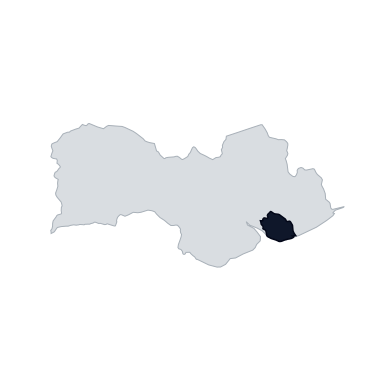 Pomeroon-Supenaam on a map of Guyana (Robinson projection), rotated 110°
{"feature_id": "GUY-680", "entity_name": "Pomeroon-Supenaam", "entity_type": "Region", "adm_level": 1, "iso_a3": "GUY", "parent_name": "Guyana", "parent_adm1": "", "projection": "robinson", "projection_center": [-58.872, 7.19], "detail": "fine", "context": "in_parent", "style": "filled", "palette": "ink", "viewbox_px": 384, "rotation_deg": 110, "n_neighbors": 0, "source": "natural_earth", "source_scale": "10m", "svg_char_len": 4871}
<svg xmlns="http://www.w3.org/2000/svg" viewBox="0 0 384 384"><g transform="rotate(110 192 192)"><path d="M127.8,178.8L120.3,169.3L112.7,159.8L105.3,150.4L104.8,149.1L107.9,144.7L110.7,141.5L113.0,139.6L114.1,138.0L113.3,131.2L113.3,128.7L112.2,126.0L111.4,123.0L112.4,120.4L113.5,118.7L115.0,118.0L118.4,117.4L120.9,117.1L121.8,116.1L123.2,115.0L125.0,114.9L128.7,115.7L130.4,114.2L133.4,112.1L140.2,108.6L141.7,106.3L142.8,102.7L142.6,101.0L142.0,100.3L140.3,99.8L137.7,99.7L135.6,100.6L133.5,100.1L131.7,97.9L131.6,96.0L132.7,93.5L132.1,91.7L128.7,86.3L128.7,84.8L131.2,82.3L132.6,80.3L134.5,75.3L136.0,73.6L140.7,73.0L141.9,72.0L144.3,69.3L147.9,66.3L153.1,63.9L154.6,59.6L155.5,58.4L159.6,56.1L160.3,54.8L160.2,53.8L153.6,43.9L154.9,44.6L160.0,51.0L162.9,52.4L163.5,52.4L163.5,50.8L166.1,51.5L172.8,55.8L182.6,63.1L196.4,76.7L200.3,81.9L202.9,84.4L207.1,90.3L208.2,93.3L208.1,104.8L204.5,112.7L203.6,118.6L203.4,126.4L201.3,130.9L204.1,128.5L205.0,121.4L207.4,117.1L210.5,112.4L214.6,111.2L219.1,113.3L222.7,113.6L225.8,115.0L232.6,122.6L239.1,128.5L241.5,133.3L248.5,135.7L252.7,139.5L254.0,142.8L254.8,151.3L253.5,164.2L253.8,164.9L252.0,167.4L251.6,169.0L250.4,171.9L249.4,173.5L250.8,177.0L252.4,177.2L253.0,177.6L253.4,178.3L253.3,179.1L252.7,179.8L251.2,180.6L249.8,182.7L249.9,185.0L249.0,186.2L246.1,186.8L240.5,186.8L237.7,186.9L235.5,187.3L234.1,188.8L232.2,189.8L230.8,190.1L229.5,191.8L228.2,194.2L228.6,195.9L229.9,198.1L230.7,200.3L229.7,204.0L228.6,206.8L227.9,209.0L227.0,213.2L224.9,217.7L223.3,220.3L223.3,223.2L224.1,227.2L228.5,233.0L230.0,235.8L231.2,240.3L235.2,243.9L237.7,246.7L237.5,250.5L237.8,251.7L239.4,252.6L241.3,253.3L243.4,253.3L245.2,253.0L245.7,252.4L250.0,252.4L250.5,253.3L250.8,258.7L250.9,260.9L252.0,261.8L252.6,263.2L252.6,264.4L252.8,267.4L253.5,269.0L253.4,272.3L253.8,273.5L255.0,274.3L256.5,276.6L257.1,276.9L257.4,277.7L258.7,281.0L259.3,282.0L259.8,282.2L260.0,283.3L260.9,286.4L261.6,287.2L262.8,289.5L263.3,291.9L264.9,294.7L266.5,296.7L267.2,298.7L269.3,303.2L271.4,306.4L274.1,307.2L276.4,307.7L277.8,308.9L279.2,310.2L277.7,310.8L276.4,311.6L274.5,311.0L271.9,311.3L269.2,312.2L266.7,312.6L261.9,311.2L260.5,311.0L259.5,310.4L257.5,307.6L256.6,307.3L254.1,308.6L251.0,309.5L249.5,309.3L247.8,310.3L246.2,311.5L243.0,317.0L241.4,318.9L239.7,319.8L236.2,319.8L232.5,320.0L229.8,321.3L227.2,321.9L225.9,322.0L225.4,325.0L224.8,326.4L224.0,327.2L222.0,327.4L220.2,327.3L219.1,326.1L217.1,325.5L215.3,325.0L214.1,324.3L213.1,324.5L212.4,325.7L211.7,326.8L211.2,328.7L208.4,329.4L207.3,330.5L207.9,334.1L207.6,335.6L207.1,336.7L203.7,336.9L200.9,336.8L199.3,338.2L197.3,339.8L196.0,340.1L194.6,340.0L192.7,338.1L190.8,335.9L186.1,334.3L181.5,333.0L178.4,329.4L177.7,327.7L176.2,326.9L172.6,322.7L170.6,320.0L168.5,319.2L166.0,318.1L166.1,316.1L165.9,314.2L164.8,313.4L163.3,312.9L162.8,311.9L162.9,309.4L163.2,303.0L162.8,296.8L159.5,294.7L158.0,293.2L155.5,284.2L154.3,280.1L154.3,277.0L155.1,268.0L156.1,264.0L158.6,256.2L160.1,253.5L160.2,251.5L160.1,248.9L159.3,243.9L163.7,240.7L165.5,239.4L165.9,237.2L168.2,234.5L169.2,232.0L170.1,229.9L169.9,228.9L168.8,228.3L167.6,226.3L165.1,220.8L164.2,219.7L163.4,218.1L163.8,215.7L164.8,213.0L164.7,211.9L163.2,210.5L160.1,208.1L157.5,207.9L155.5,207.1L152.5,206.9L150.2,206.7L148.9,205.8L149.1,204.3L149.7,203.2L151.7,200.4L153.0,197.4L153.2,194.5L153.6,190.7L154.2,187.4L154.5,183.6L151.4,181.2L150.4,179.1L149.1,177.4L147.7,177.4L145.6,176.6L142.2,178.9L139.6,178.5L137.8,179.4L133.7,179.2L131.0,178.1L127.8,178.8Z" fill="#d9dde1" stroke="#a8b0b8" stroke-width="1"/><path d="M197.5,79.6L198.4,81.7L199.0,82.7L199.1,82.4L198.8,81.4L198.9,81.0L199.3,81.0L200.2,81.4L201.0,82.1L201.7,82.8L202.2,83.6L202.8,84.6L203.6,86.0L204.5,87.2L205.0,88.1L207.8,91.2L208.5,92.5L208.7,93.8L208.4,95.1L208.6,94.8L208.4,96.5L208.6,101.7L208.0,105.9L207.5,106.6L206.8,107.3L206.1,107.5L203.7,109.0L203.0,109.6L202.7,110.1L202.4,112.0L202.3,112.4L202.2,112.8L201.9,112.9L201.6,113.0L201.1,113.0L200.5,113.2L200.1,113.5L199.8,113.8L198.8,115.7L198.5,116.0L198.2,116.2L197.1,116.8L195.6,117.9L195.1,116.4L195.0,116.1L194.9,115.7L194.6,115.7L194.3,115.8L193.8,116.0L193.6,116.0L193.4,116.1L192.9,116.0L192.3,115.8L191.9,115.6L191.7,115.3L191.5,114.7L191.3,113.1L191.3,112.9L190.9,112.3L190.0,111.9L189.6,112.0L189.4,112.2L188.7,112.9L188.5,113.0L188.3,113.1L188.1,113.2L187.9,113.2L187.4,113.1L187.0,113.1L185.7,112.5L185.5,112.4L185.1,112.1L184.9,112.0L184.0,111.8L183.8,111.7L183.5,111.5L183.4,111.1L183.5,110.4L184.2,107.8L184.2,107.0L184.2,106.6L183.5,103.6L183.4,103.0L183.4,102.5L183.5,101.9L185.5,95.1L185.7,94.8L186.0,94.4L186.9,93.6L187.1,93.3L187.2,92.9L187.2,92.6L187.1,92.3L186.9,91.9L186.3,90.8L186.1,90.5L186.1,90.2L186.1,89.9L186.3,89.4L186.7,88.8L188.8,86.3L189.3,86.0L193.6,84.0L194.4,83.4L195.8,82.0L197.5,79.6Z" fill="#0f172a" stroke="#020617" stroke-width="1.5"/></g></svg>